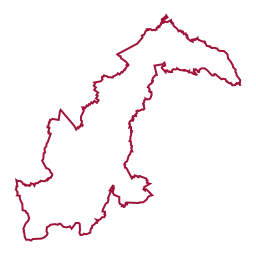 San Martín Hidalgo, Jalisco, Mexico
{"feature_id": "50627088B74426866843112", "entity_name": "San Martín Hidalgo", "entity_type": "district", "adm_level": 2, "iso_a3": "MEX", "parent_name": "Mexico", "parent_adm1": "Jalisco", "projection": "robinson", "projection_center": [-103.893, 20.459], "detail": "fine", "context": "isolated", "style": "outline", "palette": "rose", "viewbox_px": 256, "rotation_deg": 0, "n_neighbors": 0, "source": "geoboundaries", "source_scale": "gbopen_adm2", "svg_char_len": 5748}
<svg xmlns="http://www.w3.org/2000/svg" viewBox="0 0 256 256"><path d="M16.4,180.1L17.4,186.1L16.4,186.4L16.6,187.8L15.8,189.3L17.7,192.3L17.3,193.1L17.7,194.8L17.2,195.4L19.8,195.7L19.7,197.6L20.5,200.4L22.3,203.9L22.6,210.1L25.8,211.0L26.1,212.6L27.6,213.3L29.2,218.4L27.8,221.3L25.8,223.3L23.3,228.8L24.1,230.7L23.6,231.8L24.2,232.5L24.8,237.2L26.3,239.8L29.0,239.6L30.9,240.6L32.9,239.0L41.5,238.6L44.6,237.2L46.8,235.2L47.6,233.4L46.5,231.3L46.9,227.2L49.4,226.0L50.3,224.8L54.6,224.1L57.9,224.8L58.6,223.9L60.5,223.8L63.4,226.8L66.6,227.4L69.9,226.3L71.6,228.7L75.8,223.0L78.6,222.9L79.7,224.0L80.0,230.1L79.4,232.7L80.5,235.0L82.7,234.8L84.0,233.7L86.4,234.3L90.3,232.6L90.5,229.9L91.4,228.0L92.0,227.9L92.1,225.8L94.1,224.7L95.8,222.6L97.0,222.9L97.1,221.5L97.6,221.3L96.4,219.7L98.2,220.2L100.4,219.3L101.9,217.3L104.3,217.2L105.3,215.1L104.4,214.3L104.9,213.9L105.0,211.8L102.5,211.5L102.9,209.5L105.9,203.4L107.7,202.6L108.6,199.0L108.0,198.3L110.8,191.3L109.8,190.7L110.5,190.2L110.3,189.5L112.8,185.7L113.6,186.0L113.2,187.8L113.9,188.1L113.5,189.5L112.5,188.2L112.4,188.5L113.4,189.7L113.2,190.5L113.1,189.7L112.6,190.3L112.9,191.7L112.5,192.0L114.0,194.8L119.3,197.0L119.3,202.6L120.0,204.0L122.9,205.1L122.2,206.1L123.3,206.0L123.7,207.0L124.6,206.7L125.4,205.4L125.6,203.3L127.2,204.2L127.4,203.5L126.4,203.0L126.5,202.5L138.9,203.0L139.4,202.4L143.2,202.3L146.7,199.5L147.9,197.2L149.6,195.9L152.2,195.2L146.4,189.3L145.6,189.3L145.1,190.6L143.4,189.3L144.4,187.5L144.2,187.1L150.0,183.7L146.9,182.8L147.6,180.5L146.5,180.2L146.4,178.6L139.5,176.0L138.5,177.3L137.9,177.1L138.0,176.4L134.7,175.4L134.3,177.2L132.3,176.7L132.0,178.5L132.4,179.4L126.4,168.0L124.8,167.6L125.1,165.0L124.4,164.9L124.4,164.0L125.1,162.5L127.1,161.3L128.7,155.7L130.1,154.1L130.9,151.3L132.3,151.4L131.2,147.9L132.0,146.9L131.7,145.6L130.9,145.2L130.9,141.6L129.5,141.0L130.3,139.6L130.5,136.4L131.1,135.7L131.1,132.4L131.8,132.3L132.0,131.0L131.0,130.9L131.0,127.3L129.3,127.6L130.0,125.2L129.9,124.1L129.1,123.8L129.4,122.4L130.7,120.6L131.3,120.6L131.5,121.5L131.6,120.5L133.1,120.6L133.5,119.0L132.7,118.7L134.0,117.9L133.0,118.1L133.0,117.2L132.6,117.0L132.9,116.2L136.1,116.1L135.9,115.0L135.2,114.9L136.9,113.2L136.4,111.1L137.9,110.4L138.6,111.1L142.1,109.4L143.6,109.7L144.1,109.0L144.4,108.4L143.5,105.1L143.9,104.9L143.1,103.6L144.2,102.1L144.0,101.1L144.7,99.6L146.2,99.3L146.0,98.8L147.0,99.4L149.6,99.1L150.6,97.8L151.6,94.9L151.4,91.9L150.1,92.1L149.1,91.2L149.8,89.8L148.8,87.8L147.8,87.2L149.4,84.7L151.6,83.4L152.2,81.4L152.7,81.7L153.0,80.8L152.2,80.3L153.1,77.7L156.0,74.6L156.7,74.8L154.5,65.6L162.8,64.2L164.4,62.7L165.2,65.2L164.5,65.9L162.7,66.3L161.9,67.0L161.9,68.1L165.5,72.1L165.5,70.5L167.2,70.4L167.5,71.4L169.3,71.3L169.3,72.1L172.0,72.0L172.1,70.3L173.6,69.1L175.5,69.5L177.2,69.0L177.2,68.4L179.4,69.8L183.7,70.5L183.9,69.9L184.7,70.0L184.5,70.7L186.7,70.7L188.4,71.5L189.0,71.0L188.8,72.4L191.6,72.5L193.3,73.8L196.3,74.8L195.9,75.1L196.6,74.7L193.9,71.4L194.3,71.1L193.8,70.1L194.0,69.3L195.2,69.9L195.7,69.3L197.6,70.7L198.0,71.9L199.0,72.0L199.7,69.5L200.3,69.1L201.5,68.4L204.5,68.3L207.2,70.2L211.9,75.3L213.9,75.5L214.3,74.1L215.4,74.2L221.5,79.3L222.6,78.8L225.5,79.2L226.2,81.2L227.3,81.4L227.4,82.2L229.6,83.2L230.6,83.0L230.5,83.7L231.6,83.8L232.3,85.3L235.3,85.0L235.9,83.8L236.8,83.9L236.9,83.1L238.1,83.4L238.8,82.9L238.8,83.4L239.9,85.0L240.1,84.9L239.7,84.3L240.2,80.0L236.6,75.4L236.4,73.5L235.3,71.8L235.7,69.7L233.2,67.4L232.8,65.3L230.7,61.6L228.1,58.5L227.5,54.4L224.1,51.1L219.3,50.8L217.9,49.8L217.1,48.4L216.1,48.5L214.9,47.8L211.6,48.1L210.2,46.4L209.5,46.8L208.8,46.1L206.7,45.9L205.7,43.7L204.8,43.1L205.1,42.2L204.6,41.4L203.0,41.7L198.9,40.0L198.0,39.4L197.6,37.8L195.8,39.7L194.6,40.0L194.8,39.2L191.9,39.7L192.5,41.6L190.5,40.9L187.1,38.0L187.7,37.8L187.2,35.3L186.3,35.6L185.6,33.4L183.8,34.1L183.1,32.0L182.2,32.4L181.9,31.3L181.2,31.6L180.5,30.4L178.6,31.3L177.3,28.9L173.7,26.0L173.0,23.3L171.8,23.4L171.8,22.0L171.1,22.0L171.0,20.1L167.2,22.1L165.4,21.6L162.9,23.0L162.0,22.7L163.6,20.7L163.4,20.0L167.5,17.3L166.2,15.4L165.8,16.4L161.8,19.3L161.9,22.7L160.9,23.2L161.0,24.7L158.9,26.0L159.5,26.9L158.6,27.4L158.0,26.5L156.8,27.7L156.7,29.5L155.9,29.4L155.2,30.3L153.6,29.8L152.0,30.3L150.6,29.1L147.3,29.2L148.0,30.2L145.9,30.6L144.1,34.7L141.8,35.6L142.6,37.5L137.2,43.7L117.3,54.3L119.3,56.1L120.6,56.2L120.9,58.2L126.0,61.7L128.5,64.9L128.2,65.4L126.9,64.5L126.4,65.1L127.2,66.0L125.2,69.3L125.0,68.9L122.3,72.5L121.5,72.0L119.6,74.5L117.9,73.3L116.8,74.8L113.0,76.5L112.7,77.5L107.7,77.1L106.5,76.0L103.8,75.5L103.5,76.7L102.1,76.8L101.9,78.1L102.5,79.5L100.6,81.4L94.4,82.5L95.3,83.3L93.7,85.7L95.9,87.4L94.2,89.8L98.1,92.7L96.4,95.1L97.7,96.0L96.0,98.4L98.6,100.3L96.9,102.8L94.4,100.8L92.7,103.3L91.4,102.3L89.8,104.7L89.0,104.1L87.7,106.1L86.7,105.5L85.3,108.0L84.4,107.3L82.4,107.4L83.1,108.5L82.9,109.3L83.7,109.4L83.8,110.9L81.1,116.4L80.9,120.2L82.0,121.2L81.5,123.8L82.7,125.1L82.2,125.9L80.7,125.0L80.1,126.7L79.2,126.7L78.6,128.1L77.8,127.3L76.2,129.6L74.2,125.8L60.7,109.9L59.9,111.5L58.7,119.9L52.3,118.9L50.7,120.1L50.0,119.9L49.5,122.6L48.9,122.5L48.4,126.5L47.7,126.4L47.5,127.4L49.4,127.9L48.3,132.0L49.0,132.2L48.7,133.4L50.7,133.7L47.7,142.3L46.7,143.3L46.3,146.3L44.5,148.6L45.0,152.6L43.7,153.3L43.3,159.0L42.1,160.6L46.3,168.3L47.6,168.4L49.7,170.1L50.6,172.2L52.3,174.1L52.1,175.7L51.1,176.6L51.0,177.6L48.5,178.2L48.7,179.1L47.2,180.5L46.7,180.4L46.8,179.6L44.8,181.3L40.5,180.8L40.0,181.8L38.9,182.0L37.8,183.2L35.5,183.2L34.4,185.7L33.5,184.0L30.9,183.3L30.4,185.1L29.3,185.1L29.3,185.8L26.9,185.2L26.1,185.6L25.8,184.8L24.8,185.1L24.6,184.3L23.1,184.0L22.5,182.7L20.2,180.9L17.8,181.0L16.4,180.1Z" fill="none" stroke="#9f1239" stroke-width="2"/></svg>